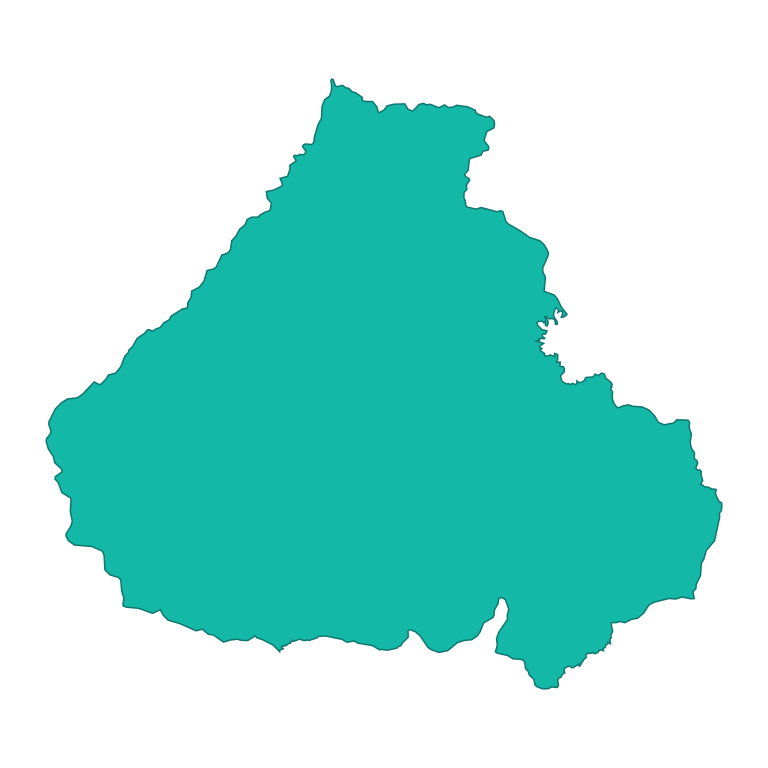 Thung Chang, Nan, Thailand
{"feature_id": "78962969B15263035639364", "entity_name": "Thung Chang", "entity_type": "district", "adm_level": 2, "iso_a3": "THA", "parent_name": "Thailand", "parent_adm1": "Nan", "projection": "orthographic", "projection_center": [100.958, 19.488], "detail": "fine", "context": "isolated", "style": "filled", "palette": "teal", "viewbox_px": 768, "rotation_deg": 0, "n_neighbors": 0, "source": "geoboundaries", "source_scale": "gbopen_adm2", "svg_char_len": 6084}
<svg xmlns="http://www.w3.org/2000/svg" viewBox="0 0 768 768"><path d="M489.5,116.2L488.2,117.1L485.6,117.0L478.2,114.2L476.1,112.7L475.2,110.2L467.5,106.8L456.7,105.3L452.9,107.1L448.5,107.5L444.4,104.9L439.7,107.4L437.9,107.4L430.3,104.3L426.4,104.8L423.5,103.4L418.9,104.5L413.6,110.3L412.0,110.9L407.9,109.2L404.9,103.9L393.9,104.2L387.3,105.8L383.6,110.4L379.2,112.6L378.3,112.2L376.8,106.8L372.6,101.6L363.5,101.3L362.3,100.5L362.5,98.0L361.8,97.0L355.9,93.0L352.0,91.6L348.8,88.3L346.0,87.9L342.6,85.4L337.4,86.6L335.4,86.1L333.2,79.5L331.7,79.1L330.9,80.7L331.7,86.5L331.3,91.4L329.3,96.3L324.7,99.7L322.1,106.1L321.4,118.5L318.2,124.3L314.8,135.5L313.7,142.8L311.7,144.5L305.4,144.0L303.0,145.2L302.7,146.8L305.8,151.3L305.5,152.9L303.9,154.6L299.7,154.5L297.8,155.6L294.1,155.3L293.8,157.0L296.2,160.9L289.9,165.2L289.9,169.3L287.6,176.4L280.1,178.3L282.5,184.6L281.2,186.4L273.5,190.1L266.4,191.5L267.2,198.2L271.3,203.0L270.2,209.8L269.0,211.1L266.2,211.6L260.3,214.7L258.0,217.1L251.5,217.2L247.4,219.3L244.9,225.0L239.7,229.2L235.8,236.3L231.8,240.6L230.5,249.4L229.2,251.6L226.4,253.7L221.9,254.9L216.3,267.0L213.2,269.2L207.1,270.4L204.0,281.1L199.2,287.2L191.7,291.1L191.1,297.3L187.6,303.1L187.8,305.8L186.8,308.1L182.2,309.1L171.1,316.1L169.3,319.8L163.9,322.7L160.3,327.4L155.6,329.1L153.0,331.1L148.7,329.7L147.2,330.0L144.4,333.5L137.2,338.3L132.5,346.7L128.9,350.0L128.4,352.4L124.8,356.3L120.7,366.9L115.6,373.2L108.5,375.0L106.1,378.9L101.1,384.2L98.9,384.5L94.2,381.9L83.3,393.5L77.5,397.8L67.4,399.0L61.4,402.8L55.4,408.9L48.9,421.8L48.9,424.9L50.8,430.1L50.7,433.3L46.6,438.6L46.1,441.1L48.4,449.1L53.5,456.7L54.7,462.7L61.8,469.4L62.0,471.9L55.3,476.6L55.1,479.2L58.3,482.7L61.9,492.7L70.1,497.6L71.1,499.0L70.3,511.5L72.3,521.2L70.8,526.3L66.0,534.0L66.0,535.9L68.3,540.6L74.4,545.0L92.0,546.5L102.4,551.2L104.1,555.4L104.9,569.8L110.0,574.9L118.4,577.4L120.8,580.1L121.7,591.1L123.9,597.9L122.9,604.5L123.4,606.1L126.5,607.2L138.6,608.3L152.6,613.3L160.2,609.7L163.4,615.4L168.1,620.2L179.6,623.5L196.1,630.8L202.3,629.2L208.3,634.2L213.4,635.0L223.6,642.1L230.3,640.0L237.5,639.2L241.1,640.3L247.7,640.6L255.3,635.8L256.7,637.7L262.8,639.8L273.2,645.1L279.7,651.7L279.9,650.0L283.2,648.8L281.6,647.5L281.5,646.2L284.7,646.0L285.5,645.1L286.2,645.6L288.5,643.6L290.4,643.2L290.9,641.5L293.0,641.2L293.1,640.3L294.3,641.1L299.7,639.1L304.0,640.7L307.3,640.0L309.1,640.5L317.1,637.8L318.2,636.4L325.4,636.0L341.8,639.3L347.0,642.2L354.2,641.0L357.8,643.1L372.6,645.6L379.5,649.8L381.8,649.4L387.3,650.2L396.8,648.2L398.5,646.5L400.8,645.8L402.6,642.7L408.2,637.3L408.0,630.7L409.9,629.6L415.5,631.8L420.0,635.7L427.9,647.3L431.1,649.6L439.0,652.4L447.8,650.6L457.3,642.7L463.8,640.5L471.7,639.7L477.0,636.2L480.1,631.8L483.5,623.1L492.9,617.5L494.0,615.2L494.3,610.3L498.1,603.3L498.7,598.6L502.0,597.5L505.4,599.7L508.8,609.2L507.2,615.4L507.5,619.5L499.0,631.8L496.5,638.5L497.3,645.3L495.4,651.9L497.2,653.1L507.7,655.5L513.1,658.9L520.2,659.2L523.2,660.2L524.7,662.5L525.6,668.8L528.0,671.0L529.4,675.2L534.0,679.5L534.9,684.8L537.1,686.8L542.8,688.9L548.4,688.6L551.8,686.9L557.3,687.5L558.5,685.1L557.7,680.2L558.9,678.0L560.8,677.3L562.7,674.0L564.8,673.0L564.0,669.7L565.4,667.5L569.5,666.0L571.7,667.7L573.3,667.6L578.8,663.9L578.4,665.5L579.8,666.2L583.8,659.5L586.3,657.4L585.7,655.1L588.0,653.1L590.9,653.3L592.5,652.3L593.4,653.4L595.7,653.6L598.6,651.7L599.2,650.2L601.8,649.9L603.4,650.8L603.2,648.7L605.4,647.1L605.7,645.2L607.7,643.9L608.0,642.2L610.4,643.8L609.9,638.9L611.2,637.9L610.8,635.3L612.6,631.6L611.2,623.7L611.7,622.7L616.3,622.6L620.0,621.5L624.9,622.7L631.5,619.3L637.7,618.2L643.6,613.1L649.0,604.9L654.0,602.2L669.0,598.5L675.7,599.0L682.1,597.0L690.6,598.8L694.2,598.6L693.0,591.8L695.9,588.7L696.2,584.4L700.5,575.5L701.4,563.1L703.7,559.3L706.2,550.6L714.5,540.8L719.6,517.6L719.5,513.1L721.4,510.5L721.9,505.3L721.5,502.6L719.3,501.8L716.5,496.4L715.3,492.7L716.3,490.4L715.9,489.3L711.8,489.0L708.5,487.3L704.2,486.7L703.4,485.5L700.6,484.3L702.7,480.5L701.1,475.0L701.3,471.5L699.7,469.9L697.6,470.1L695.7,468.3L697.7,462.8L696.8,460.5L694.3,458.6L694.5,452.7L691.4,448.3L690.2,442.5L691.4,434.0L689.1,427.8L689.6,422.4L687.9,420.1L676.8,419.8L673.7,423.0L664.1,424.8L658.2,422.3L654.8,416.2L649.2,410.2L642.4,407.0L632.8,406.3L628.4,404.8L622.9,405.9L619.4,407.5L616.9,407.5L613.8,403.1L612.1,397.8L612.6,392.1L610.5,388.8L611.9,387.2L611.1,386.3L612.2,384.6L611.0,382.4L605.4,377.8L604.6,374.2L601.6,373.1L598.5,375.5L595.0,374.2L593.4,376.9L585.7,377.5L584.5,380.3L581.6,382.4L578.3,382.3L577.0,380.9L576.8,383.6L575.3,384.7L572.8,383.3L570.2,384.6L568.7,383.6L566.5,384.0L562.0,381.4L560.7,377.4L560.9,375.4L564.2,371.9L564.4,368.7L563.4,366.7L559.9,366.4L560.2,362.1L556.3,362.1L557.7,359.2L557.7,354.6L554.6,353.5L554.9,356.6L550.0,354.9L548.1,356.1L545.2,355.9L544.5,355.4L544.6,353.5L540.4,350.6L540.3,349.7L541.8,348.6L539.6,347.5L539.6,346.4L543.7,343.3L536.5,341.1L539.4,340.4L538.6,339.3L539.9,338.6L544.6,338.7L544.3,337.6L542.4,336.8L542.2,335.5L542.8,333.9L545.4,334.2L547.0,330.8L542.0,329.7L537.5,325.1L537.1,322.3L538.5,321.4L542.8,321.4L543.7,322.7L545.3,321.2L545.4,325.2L547.1,326.0L548.2,323.1L547.7,320.4L545.0,317.9L544.9,316.7L546.0,316.4L547.7,318.2L550.4,319.0L551.9,318.2L554.9,320.1L555.5,324.3L557.1,324.3L557.4,322.1L554.1,317.1L553.4,314.3L555.0,309.2L556.2,307.7L558.6,310.1L557.9,312.4L560.8,310.7L562.3,311.7L562.6,314.1L561.3,317.2L564.2,316.9L567.0,314.3L561.3,307.0L557.7,299.4L554.2,295.0L544.1,291.4L545.4,277.1L542.9,272.1L542.7,267.9L548.1,255.6L548.3,252.6L547.2,249.9L543.7,244.2L539.9,240.8L529.4,237.3L520.3,230.9L508.3,224.0L506.1,221.8L502.7,211.3L499.7,210.8L497.2,211.8L481.0,207.5L476.2,209.1L467.1,207.1L465.8,205.5L465.3,201.0L463.9,197.6L464.0,192.5L466.9,189.5L466.3,185.4L469.6,180.1L469.1,178.6L465.9,176.8L464.4,174.6L468.1,170.4L469.4,159.4L470.4,158.4L480.9,155.2L483.0,151.2L487.9,150.2L488.7,149.0L488.6,146.4L484.4,141.1L484.3,139.4L486.8,131.6L494.0,127.8L494.6,123.8L494.0,120.6L489.5,116.2Z" fill="#14b8a6" stroke="#0f766e" stroke-width="1.5"/></svg>